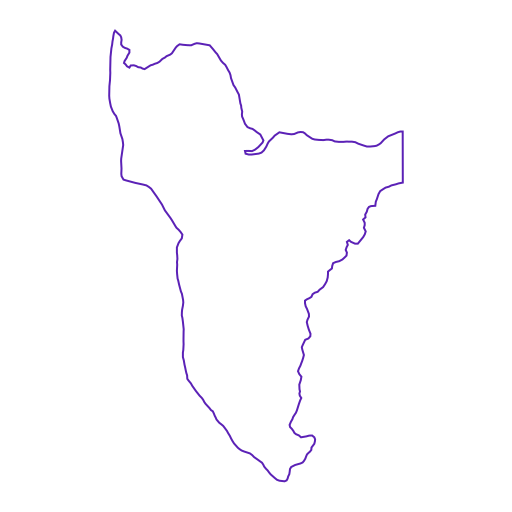 outline of Nova Ipixuna, Pará, Brazil
{"feature_id": "56859067B5026281924573", "entity_name": "Nova Ipixuna", "entity_type": "district", "adm_level": 2, "iso_a3": "BRA", "parent_name": "Brazil", "parent_adm1": "Pará", "projection": "mercator", "projection_center": [-49.227, -5.013], "detail": "fine", "context": "isolated", "style": "outline", "palette": "violet", "viewbox_px": 512, "rotation_deg": 0, "n_neighbors": 0, "source": "geoboundaries", "source_scale": "gbopen_adm2", "svg_char_len": 4829}
<svg xmlns="http://www.w3.org/2000/svg" viewBox="0 0 512 512"><path d="M187.3,378.8L188.5,380.5L190.9,383.4L192.3,385.9L195.9,391.0L199.6,395.7L201.7,397.8L203.1,399.7L204.4,402.2L205.7,404.0L209.4,408.0L211.0,410.1L212.8,411.3L213.9,413.6L214.7,415.7L215.7,417.6L216.5,419.5L219.2,422.7L221.4,424.4L223.2,425.9L224.8,428.0L227.0,431.0L228.0,432.9L229.8,435.8L231.1,438.5L232.3,440.7L234.0,443.4L237.8,447.7L239.5,449.1L241.6,450.5L244.1,451.5L249.9,453.4L252.2,455.1L254.1,457.1L256.1,458.5L258.1,459.9L260.0,461.3L262.0,462.7L263.3,464.7L264.2,466.6L266.0,468.8L267.6,470.4L269.2,472.6L270.7,474.4L274.9,478.1L277.0,479.8L279.4,480.7L284.6,481.3L286.6,480.4L287.6,478.6L288.2,476.4L289.3,474.2L289.7,471.6L290.0,469.0L291.2,467.0L295.1,465.0L298.2,464.1L300.4,463.5L302.6,462.5L303.9,461.0L305.3,458.7L306.1,456.5L307.0,454.4L308.5,452.9L310.0,451.6L311.3,449.9L311.5,447.5L314.3,443.8L314.9,441.4L315.1,439.3L314.3,437.3L312.1,435.5L309.2,435.6L306.3,436.4L301.0,437.3L298.9,435.4L296.0,434.2L294.4,432.9L293.4,431.0L291.8,428.8L290.1,427.1L289.6,424.9L290.9,421.8L292.4,419.2L293.1,417.1L294.6,414.7L295.9,412.8L296.9,410.4L298.9,404.0L300.2,400.3L301.3,398.0L299.8,395.7L299.4,393.6L300.0,391.4L299.5,389.3L299.3,384.6L300.8,380.1L301.4,376.7L299.3,374.1L298.0,371.2L299.0,368.4L300.4,365.7L301.3,363.2L302.1,361.2L303.1,358.1L303.9,355.0L302.3,349.6L301.8,347.2L302.6,345.3L305.2,339.8L308.4,338.5L310.3,336.3L310.5,333.8L308.8,329.5L307.6,325.6L306.8,322.1L307.5,319.7L309.0,316.6L308.9,313.9L307.0,308.9L305.7,306.3L305.0,303.2L305.0,300.6L306.9,299.3L309.3,298.2L311.4,296.9L312.6,294.2L314.8,292.7L317.7,291.8L319.6,289.7L323.1,287.1L325.1,284.1L326.7,281.2L327.7,277.5L328.0,274.1L328.0,271.6L329.8,270.1L331.9,268.5L332.2,266.0L333.1,263.2L335.8,262.0L339.2,261.2L342.4,259.5L344.6,257.5L346.5,255.6L346.9,252.6L345.7,249.9L346.6,247.2L347.8,244.9L346.9,241.9L349.1,240.2L350.9,241.8L355.1,243.7L357.8,243.7L363.2,237.1L364.8,234.3L365.7,231.4L363.9,227.8L364.7,225.1L364.7,222.8L363.1,219.5L365.5,217.4L365.2,214.6L366.8,211.7L367.6,208.8L369.0,206.9L371.0,206.1L375.3,205.8L375.8,201.7L376.9,199.0L378.5,194.1L380.2,191.1L383.2,189.1L385.6,187.6L388.9,186.7L391.4,185.4L395.9,184.3L398.6,183.4L402.8,182.6L402.7,131.5L400.4,131.5L397.7,132.3L395.2,133.5L388.2,136.3L384.2,139.4L380.7,143.2L379.0,144.4L376.6,145.7L374.6,146.1L370.5,146.5L366.8,146.5L363.6,145.5L358.3,143.7L355.3,142.2L352.1,141.7L346.2,141.6L343.1,141.9L339.1,141.9L334.7,141.4L332.2,140.2L328.8,139.7L326.2,139.7L323.5,140.1L318.8,139.9L314.8,139.5L312.3,138.8L306.8,135.2L304.7,133.2L303.0,132.2L300.6,132.0L298.0,132.4L294.2,134.0L291.4,134.3L287.3,133.8L279.4,132.3L274.7,135.6L272.9,137.7L270.9,139.6L268.9,141.5L267.7,143.5L266.3,146.6L263.9,150.4L261.5,152.6L258.8,153.6L251.9,154.5L248.6,154.5L245.6,153.7L245.0,151.0L248.2,150.9L252.0,151.1L254.8,149.8L256.4,148.6L258.3,147.1L262.6,142.5L263.4,140.4L260.3,134.5L256.6,132.0L254.8,130.5L252.5,128.9L250.2,128.3L247.5,127.1L245.0,123.8L243.3,119.3L242.1,116.6L241.9,114.4L242.2,111.6L241.3,107.8L241.1,105.5L240.4,103.5L238.9,94.6L237.5,92.0L235.2,87.5L233.5,85.1L231.0,78.1L230.5,75.2L229.6,72.6L228.2,70.3L226.5,67.0L225.2,64.8L222.9,62.8L220.9,60.5L217.2,54.1L215.6,52.4L212.9,49.0L209.7,45.3L199.5,43.5L196.8,43.2L194.6,43.8L191.1,45.3L187.8,45.2L183.1,44.8L179.6,44.3L177.2,46.0L175.8,47.5L171.9,53.3L170.2,54.6L166.5,56.2L165.0,57.5L162.4,58.9L159.5,61.7L157.3,63.0L154.7,63.8L152.8,64.7L150.6,65.3L144.6,69.1L142.6,68.6L140.7,67.5L138.2,67.2L136.1,66.0L133.8,65.3L130.7,65.5L129.4,67.6L127.0,66.3L125.6,64.4L124.0,63.0L124.6,61.0L126.7,57.8L127.5,55.7L129.4,52.6L129.4,49.9L127.1,48.6L124.9,47.9L122.8,46.7L121.2,44.5L121.2,42.3L121.6,39.9L121.2,37.3L120.3,35.4L118.7,34.1L115.1,30.7L114.0,32.7L113.4,35.8L113.0,38.8L112.5,41.4L112.1,44.8L111.4,48.3L110.5,56.9L110.2,69.6L110.3,72.9L110.0,80.3L109.4,86.2L109.2,95.8L109.4,98.7L110.2,103.3L110.9,106.6L112.7,111.2L114.4,114.0L116.0,115.9L116.8,118.0L118.7,123.5L119.3,126.4L119.9,130.0L120.4,133.2L122.4,139.1L122.9,142.1L123.2,145.0L121.2,158.7L121.1,160.9L121.5,168.6L121.3,173.9L121.6,176.3L123.5,179.6L126.0,180.4L135.3,182.9L142.8,184.5L146.4,185.4L148.8,186.9L151.1,188.7L154.0,192.8L156.5,196.3L162.0,204.6L164.9,210.4L170.4,217.9L171.9,220.2L175.4,226.1L176.5,227.8L178.6,229.7L180.6,232.0L182.4,234.6L181.8,238.4L179.9,240.9L178.5,243.2L176.9,247.4L176.9,252.7L177.2,255.2L177.4,258.9L177.0,262.1L177.2,264.8L176.9,270.9L177.1,273.9L177.6,278.6L178.2,280.5L179.1,284.6L180.9,291.4L181.9,293.8L183.1,300.0L183.3,302.5L182.9,305.8L182.1,309.8L181.9,312.2L181.8,315.4L182.4,318.0L182.9,321.7L183.7,329.3L183.6,331.5L183.5,338.5L183.5,341.4L183.6,344.2L183.3,350.0L182.9,352.6L182.9,357.1L183.8,360.4L184.5,364.6L185.1,367.2L185.9,371.1L186.4,373.2L187.1,375.3L187.3,378.8Z" fill="none" stroke="#5b21b6" stroke-width="2"/></svg>